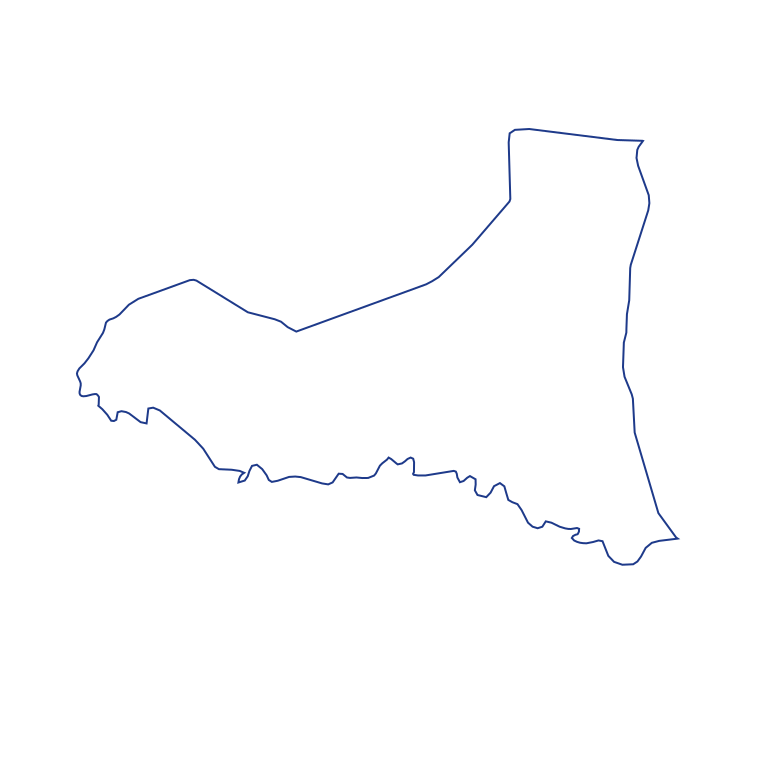 map outline of Ñeembucú (Natural Earth projection), rotated 259°
{"feature_id": "PRY-610", "entity_name": "Ñeembucú", "entity_type": "Department", "adm_level": 1, "iso_a3": "PRY", "parent_name": "Paraguay", "parent_adm1": "", "projection": "natural_earth1", "projection_center": [-58.039, -26.618], "detail": "fine", "context": "isolated", "style": "outline", "palette": "blue", "viewbox_px": 768, "rotation_deg": 259, "n_neighbors": 0, "source": "natural_earth", "source_scale": "10m", "svg_char_len": 2667}
<svg xmlns="http://www.w3.org/2000/svg" viewBox="0 0 768 768"><g transform="rotate(259 384 384)"><path d="M323.5,229.8L326.2,225.8L328.9,218.1L331.9,205.7L335.0,202.2L355.0,194.2L365.3,187.8L400.8,158.9L404.8,152.9L404.9,148.0L390.6,143.4L393.0,137.8L403.7,128.2L405.7,125.4L407.4,121.1L407.1,117.2L400.0,114.4L399.2,111.8L400.0,109.2L406.6,106.5L413.0,102.7L417.2,99.4L418.2,100.0L425.6,101.7L427.2,101.1L428.9,99.9L429.3,98.4L429.4,95.8L429.0,89.5L429.3,86.5L430.0,84.8L431.3,83.7L432.7,83.4L434.3,83.6L440.4,86.0L442.5,86.4L444.4,86.2L451.0,84.6L452.9,84.6L454.9,85.6L457.4,87.9L461.5,94.0L465.7,98.8L472.5,105.3L479.7,110.3L487.8,117.9L491.0,119.9L497.3,122.8L498.6,124.5L499.6,126.8L500.1,130.8L501.0,133.9L502.7,137.6L510.5,148.7L514.5,159.1L523.0,213.2L522.6,217.0L521.3,219.6L480.4,264.0L468.4,289.1L464.8,294.8L458.2,300.3L452.2,307.9L473.8,444.4L475.7,450.8L478.5,458.1L503.9,497.3L539.2,542.0L541.5,543.3L597.4,552.5L606.1,555.2L608.5,561.0L606.6,575.2L579.0,659.5L573.4,684.2L573.2,684.6L568.3,679.3L565.5,677.3L559.0,675.4L557.8,675.0L549.7,675.1L518.8,679.9L510.9,679.0L508.9,678.3L504.0,676.5L454.3,649.2L454.2,649.1L450.8,647.8L419.4,640.7L406.2,635.8L392.4,632.6L388.2,631.7L378.8,627.3L378.7,627.3L360.5,623.1L354.9,621.8L345.2,621.5L326.6,625.2L322.1,625.5L288.5,620.8L204.9,628.7L177.5,641.5L176.2,642.8L176.2,642.5L177.5,624.2L177.0,616.6L173.2,609.6L165.6,603.4L161.4,598.9L159.5,594.2L161.1,583.5L165.5,575.9L172.5,571.4L188.0,568.5L189.5,564.7L189.0,559.0L189.0,552.3L189.8,549.0L190.8,546.1L192.2,543.4L194.1,540.8L197.0,539.0L198.7,540.6L199.5,543.3L199.5,544.7L199.8,545.6L201.9,547.2L202.0,547.2L204.6,547.9L205.8,546.0L206.0,539.8L206.6,537.2L207.7,534.3L210.4,529.2L215.9,521.9L218.3,516.6L213.7,512.2L213.1,507.3L215.6,502.6L220.4,498.9L234.0,495.0L240.6,492.1L243.5,487.4L246.5,483.9L253.7,483.2L260.6,482.6L264.6,478.9L262.7,472.5L257.0,467.9L253.4,462.8L257.2,454.6L262.3,452.9L267.8,454.8L273.0,455.7L277.2,450.8L276.1,447.8L273.6,443.6L273.1,439.8L278.2,438.2L282.0,438.3L284.3,437.8L285.4,435.9L286.3,407.1L287.7,400.0L289.2,395.8L290.2,395.4L291.8,396.6L301.5,398.6L305.1,398.4L306.7,396.1L305.9,392.8L304.1,389.8L302.6,386.5L302.5,382.1L303.7,381.0L308.9,376.8L310.9,374.5L309.2,372.5L306.5,367.2L304.6,364.4L297.7,358.9L296.0,356.8L294.8,350.5L295.8,344.9L297.5,339.1L298.3,332.7L299.3,329.8L303.6,326.2L304.6,322.4L297.2,314.8L296.1,310.1L298.2,304.3L308.5,284.5L310.1,279.2L310.9,273.1L309.3,261.2L309.3,255.2L311.8,252.6L316.7,251.4L323.7,248.2L329.0,243.8L328.8,238.8L324.3,235.3L319.4,232.6L315.8,228.9L315.1,222.3L318.2,223.5L320.6,225.1L322.4,227.2L323.5,229.8Z" fill="none" stroke="#1e3a8a" stroke-width="2"/></g></svg>